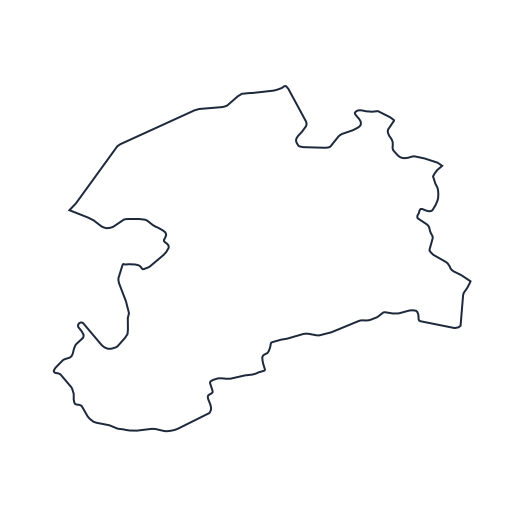 outline of Central, rotated 265°
{"feature_id": "KEN-1195", "entity_name": "Central", "entity_type": "Province", "adm_level": 1, "iso_a3": "KEN", "parent_name": "Kenya", "parent_adm1": "", "projection": "natural_earth1", "projection_center": [36.807, -0.59], "detail": "fine", "context": "isolated", "style": "outline", "palette": "slate", "viewbox_px": 512, "rotation_deg": 265, "n_neighbors": 0, "source": "natural_earth", "source_scale": "10m", "svg_char_len": 4345}
<svg xmlns="http://www.w3.org/2000/svg" viewBox="0 0 512 512"><g transform="rotate(265 256 256)"><path d="M317.9,74.1L324.0,81.1L377.4,127.4L379.2,130.6L406.5,207.5L407.4,212.2L407.3,235.1L407.6,237.7L408.4,240.4L416.7,251.8L418.8,256.1L418.9,263.8L418.7,266.2L419.2,287.6L419.7,291.1L421.0,296.0L421.6,297.3L422.4,298.4L422.8,299.6L422.4,300.9L419.7,302.8L385.5,317.6L383.5,317.9L381.9,317.6L380.8,317.0L375.7,312.6L372.1,308.5L370.1,306.9L369.0,306.3L367.8,306.0L366.9,306.0L365.7,306.2L364.5,306.7L362.3,307.8L361.7,308.4L361.0,310.1L360.3,312.7L357.8,334.2L357.8,337.4L358.4,339.5L368.0,348.7L368.8,349.8L369.5,351.0L370.1,352.4L372.9,363.7L375.2,369.1L376.0,370.3L376.9,371.3L378.1,371.9L379.5,372.1L381.0,371.9L382.3,371.3L383.5,370.7L387.8,367.6L389.0,367.0L390.0,367.0L390.9,367.8L391.7,368.9L392.1,370.4L392.1,372.4L391.7,374.7L390.7,377.7L389.6,384.2L389.7,390.1L382.6,401.6L379.8,404.8L379.2,405.3L378.6,405.2L370.5,398.6L369.2,398.2L367.9,398.1L365.1,398.8L363.9,399.3L361.6,400.7L359.8,401.5L357.3,402.1L354.3,401.9L352.9,401.6L351.4,401.5L350.0,401.7L348.8,402.3L343.9,406.0L342.1,407.9L341.1,409.8L340.5,412.2L340.6,416.0L341.5,420.4L341.5,422.5L338.5,432.4L333.1,445.1L329.6,449.3L325.8,444.0L323.2,441.6L319.9,439.3L312.4,441.0L309.1,442.4L307.3,442.9L305.1,443.1L301.4,443.0L297.5,442.4L295.6,441.7L291.2,439.4L286.9,436.3L285.9,435.3L285.5,433.9L285.5,432.2L285.9,430.6L288.3,425.7L288.5,424.4L288.0,423.5L287.1,422.9L284.6,422.0L284.0,421.6L282.1,420.3L280.9,420.1L279.5,420.3L272.5,429.1L271.3,430.1L269.9,430.9L265.5,431.6L263.5,432.2L261.1,433.3L259.5,433.7L258.1,433.5L247.7,429.6L246.3,429.3L244.2,430.6L241.6,432.9L233.3,444.9L231.8,446.4L228.6,448.1L226.6,448.7L224.9,449.9L223.4,451.6L219.0,458.9L212.1,467.5L210.0,466.4L205.6,463.5L201.7,460.2L200.6,459.5L198.9,458.9L168.7,453.7L167.3,451.6L166.9,447.6L176.7,414.1L177.5,412.9L178.8,412.5L183.5,412.6L185.0,412.2L186.2,411.8L187.4,410.7L188.0,408.9L188.4,405.6L188.2,403.3L186.6,394.5L186.4,392.6L186.8,387.3L188.7,379.8L188.8,378.8L188.7,378.3L188.5,377.7L185.0,372.3L184.3,370.9L182.5,364.6L182.2,363.1L182.1,360.9L182.7,355.7L182.6,354.1L182.3,352.7L173.4,324.3L171.4,312.0L171.7,309.5L173.9,301.6L174.3,298.8L174.2,296.4L170.9,279.6L170.5,273.9L168.8,264.9L168.3,263.6L167.3,263.1L166.4,262.8L165.3,262.6L162.8,261.7L160.3,260.5L159.2,259.7L158.3,258.8L157.1,255.9L156.4,254.6L155.4,253.8L154.2,253.4L151.0,253.4L147.8,253.8L142.4,255.0L141.8,254.9L141.2,254.6L140.8,253.3L139.9,248.5L138.8,245.5L138.2,242.1L138.0,234.4L136.0,219.9L136.3,215.5L136.9,212.7L137.4,208.7L137.3,206.9L136.2,202.2L135.6,200.8L135.0,199.7L134.1,199.2L133.1,199.2L125.3,201.0L124.1,200.9L123.3,200.1L122.7,199.0L122.1,197.6L121.4,196.4L120.4,195.8L119.1,195.7L117.6,195.9L111.9,197.6L108.9,198.0L107.4,197.9L106.1,197.4L105.0,196.9L104.3,196.4L103.6,195.8L90.8,163.3L89.9,160.2L89.4,156.7L89.2,152.9L89.3,151.0L89.7,149.1L92.5,140.5L92.9,137.1L92.4,122.0L93.2,114.8L94.1,111.1L94.8,109.0L96.0,103.2L99.7,96.1L100.3,94.7L103.8,82.5L105.0,79.7L108.5,76.0L110.9,74.3L121.5,69.4L122.3,68.6L123.0,67.3L123.7,64.3L124.3,63.0L125.9,62.2L128.9,61.9L134.6,62.4L138.9,61.5L141.2,60.7L154.8,51.1L155.7,50.1L156.3,48.7L157.1,45.7L158.0,44.8L159.2,44.5L161.0,45.6L162.3,46.7L168.6,54.0L169.4,55.2L169.9,56.7L171.0,61.6L172.2,63.4L174.5,64.9L179.5,66.6L181.9,67.8L183.6,68.9L189.5,76.5L190.8,77.1L192.4,77.4L195.1,76.3L196.8,75.4L200.5,72.9L201.8,72.6L203.1,72.8L204.5,74.1L205.0,75.4L204.9,76.7L204.6,77.5L203.8,78.2L181.1,94.2L179.1,96.0L177.7,97.9L177.1,99.1L176.5,100.6L176.3,102.3L176.3,104.1L177.0,107.4L177.4,108.9L178.1,110.2L185.9,118.4L189.4,121.2L193.8,122.0L205.5,122.9L210.1,124.5L222.2,122.5L240.7,117.2L243.8,116.8L246.1,117.1L258.3,122.1L259.3,122.7L259.5,123.3L258.9,125.0L258.9,128.7L258.1,134.7L257.5,136.8L257.0,138.1L256.3,139.2L255.3,140.2L253.3,141.4L252.7,142.1L252.8,143.3L254.1,147.9L254.7,149.2L265.1,164.0L267.8,166.9L271.0,169.2L271.8,169.7L272.6,169.8L273.7,169.8L275.3,169.0L276.5,167.9L277.8,166.4L278.9,165.6L279.9,165.7L283.3,167.7L284.6,168.3L286.2,168.2L287.7,167.5L289.8,165.2L292.9,160.6L293.8,158.8L295.9,155.8L300.2,151.3L301.0,150.2L301.7,149.0L302.4,146.1L303.1,142.2L304.1,130.3L303.8,127.6L297.6,116.4L297.2,114.9L296.8,113.3L296.7,109.5L297.5,107.3L298.9,104.7L305.7,97.3L308.9,92.1L317.9,74.1Z" fill="none" stroke="#1e293b" stroke-width="2"/></g></svg>